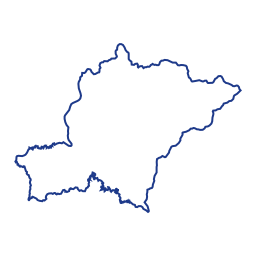 Lloró, Chocó, Colombia (Robinson projection)
{"feature_id": "7082276B18686190591622", "entity_name": "Lloró", "entity_type": "district", "adm_level": 2, "iso_a3": "COL", "parent_name": "Colombia", "parent_adm1": "Chocó", "projection": "robinson", "projection_center": [-76.448, 5.585], "detail": "fine", "context": "isolated", "style": "outline", "palette": "blue", "viewbox_px": 256, "rotation_deg": 0, "n_neighbors": 0, "source": "geoboundaries", "source_scale": "gbopen_adm2", "svg_char_len": 5757}
<svg xmlns="http://www.w3.org/2000/svg" viewBox="0 0 256 256"><path d="M148.0,211.9L148.7,211.4L148.8,210.8L147.6,206.3L144.6,202.3L146.7,199.3L147.1,196.7L146.8,194.3L147.3,192.3L147.4,189.7L149.4,189.0L150.1,188.4L151.9,188.0L152.6,186.9L152.9,184.5L154.3,180.8L153.9,179.2L154.6,175.9L156.6,172.5L156.6,166.9L156.9,165.5L156.7,161.9L157.0,159.1L159.1,157.8L160.6,157.4L162.4,156.0L164.9,157.2L165.7,157.0L169.0,152.6L169.3,150.9L171.4,146.8L172.4,146.2L175.7,145.7L178.8,143.0L180.4,140.4L180.3,138.7L182.4,135.1L182.6,134.1L182.4,133.0L182.8,132.5L186.2,131.7L189.3,130.2L190.6,128.7L192.3,128.6L193.4,128.0L194.7,128.2L196.9,129.3L198.5,129.4L200.1,129.9L202.7,129.8L204.6,128.4L205.4,126.8L207.9,126.4L209.5,125.5L211.4,123.6L212.2,121.4L212.5,117.5L213.3,114.6L213.4,113.1L212.8,111.4L213.2,110.6L215.7,110.4L217.4,109.3L220.2,108.8L222.0,106.2L223.0,105.3L223.7,103.6L227.4,102.6L229.2,101.1L231.4,100.8L233.3,98.9L233.9,96.1L234.4,95.4L237.1,93.8L240.6,90.4L239.4,89.0L238.9,87.0L237.7,85.7L236.6,85.5L234.5,86.2L233.0,86.1L231.7,85.0L228.2,83.4L225.9,82.9L223.8,81.2L223.1,79.2L221.6,76.6L220.4,76.0L218.4,76.2L216.5,78.2L215.2,78.8L213.4,82.1L212.5,82.8L208.0,83.0L207.5,82.6L206.4,80.7L204.8,80.7L203.4,81.4L202.4,81.4L199.3,80.2L195.3,81.0L192.3,81.5L191.7,81.3L190.2,78.3L188.9,77.5L187.7,73.1L188.4,71.2L187.2,69.0L186.7,66.6L185.8,65.7L183.2,65.1L180.9,65.0L179.4,65.4L177.9,65.2L175.9,62.6L172.7,62.6L167.6,60.2L164.6,59.9L163.0,60.6L161.4,60.7L160.0,62.1L159.2,64.5L158.5,65.1L156.7,65.1L155.7,64.7L154.4,64.9L152.5,63.9L151.9,64.6L150.8,65.0L150.0,66.2L149.1,66.8L147.5,66.6L146.4,67.2L144.9,67.2L143.5,68.1L142.1,66.1L141.0,66.1L139.5,66.5L138.3,67.5L137.9,67.1L137.8,64.6L137.1,63.6L135.2,63.9L134.0,64.9L131.7,64.6L131.4,61.6L129.7,60.4L128.7,59.0L128.7,53.7L128.4,52.6L127.1,51.9L125.6,50.1L124.6,47.5L123.0,45.0L121.2,44.1L119.6,44.1L117.9,45.5L117.2,47.5L117.1,49.7L116.1,50.3L115.6,51.2L115.7,53.8L116.9,56.3L116.6,57.1L115.1,58.5L111.4,58.6L110.6,59.6L109.0,60.1L107.6,61.3L104.2,61.1L103.1,62.3L101.9,62.3L100.3,63.2L99.5,65.5L100.5,67.8L99.5,69.1L99.5,71.2L99.2,72.3L98.0,72.5L95.3,74.0L93.8,74.2L91.4,71.7L90.9,70.2L90.1,69.4L88.0,69.0L87.2,69.4L85.4,72.3L84.4,73.0L82.2,72.9L82.0,75.8L80.2,77.3L80.1,79.5L78.8,81.8L78.4,83.8L78.8,88.3L80.5,93.3L81.0,95.7L80.3,98.5L79.1,99.9L77.6,100.9L72.9,103.0L71.3,104.1L70.2,106.6L69.2,110.0L65.1,115.3L64.6,116.5L64.6,118.9L65.3,122.1L66.5,124.9L68.4,127.3L68.0,131.0L68.2,133.6L67.8,135.5L68.1,138.4L68.7,140.1L71.5,143.7L71.6,145.2L71.3,145.7L70.8,146.0L68.7,145.8L63.4,142.2L61.9,143.3L59.5,142.8L56.8,143.6L54.6,144.9L53.9,144.4L54.0,143.4L52.9,143.7L52.5,144.7L51.9,145.3L52.1,145.8L51.4,145.5L50.9,145.8L51.3,146.7L51.0,147.5L50.4,147.1L50.0,147.5L49.5,146.8L48.7,147.9L47.9,147.1L46.8,147.9L46.9,146.9L45.5,146.5L45.9,145.6L45.2,145.5L44.4,145.9L43.5,148.0L42.8,147.0L42.1,146.8L41.7,147.9L41.3,147.4L40.8,148.6L40.2,148.7L39.6,148.3L38.8,148.3L38.5,147.7L37.9,147.8L37.7,146.2L35.9,146.2L35.7,145.8L35.2,146.1L35.4,147.5L35.0,147.6L34.4,147.0L33.7,147.4L32.6,147.4L32.6,148.3L33.1,148.6L32.7,149.5L32.0,149.0L31.9,148.5L31.5,148.5L31.5,147.9L30.5,148.2L29.4,147.6L29.3,149.1L28.5,149.5L27.0,152.7L25.5,154.7L24.2,155.4L22.2,156.1L18.5,155.8L17.1,156.1L16.5,156.9L16.3,160.1L15.4,161.5L15.8,162.2L16.4,161.6L16.8,161.8L17.4,163.5L17.9,163.9L17.7,164.3L18.1,164.3L18.1,165.1L18.5,165.6L19.4,165.6L19.7,166.2L20.0,166.0L20.3,166.6L21.4,166.3L22.7,167.0L23.2,166.6L23.6,166.9L24.0,166.3L24.5,166.5L25.9,171.1L27.0,172.0L26.7,173.6L27.6,174.7L28.7,175.1L29.5,177.8L30.6,179.1L30.7,180.1L30.2,181.0L29.9,182.8L30.9,185.4L30.2,186.8L30.4,189.1L29.9,190.2L29.6,192.3L29.9,193.6L29.4,195.1L29.7,196.2L28.7,198.3L28.5,199.7L28.8,200.1L29.1,200.1L30.3,198.3L31.7,198.1L32.2,196.9L32.6,196.7L36.6,198.7L37.5,200.0L39.6,200.8L42.3,201.2L43.2,200.2L44.5,200.5L46.4,198.8L45.8,197.2L46.2,195.8L47.3,194.2L48.9,193.5L51.5,193.3L52.8,193.9L54.3,193.0L55.5,193.2L55.9,194.0L56.7,194.4L57.9,193.6L59.1,194.1L61.1,193.7L63.1,190.1L64.5,189.9L64.8,190.6L65.6,191.0L65.5,191.7L66.2,191.5L66.9,192.0L69.1,191.1L69.4,189.3L70.2,188.5L70.7,188.3L71.0,189.0L71.7,188.8L73.4,189.1L75.5,187.4L77.4,187.7L77.9,189.1L79.5,190.9L81.1,190.2L82.9,191.2L85.0,191.2L86.1,188.3L87.8,187.4L87.9,186.6L89.0,185.8L88.6,183.7L89.2,182.4L88.8,181.1L89.0,180.6L88.1,180.6L88.1,179.5L88.6,179.2L88.9,180.1L89.2,179.1L89.8,179.4L89.4,178.8L90.2,178.1L89.7,177.7L90.1,176.4L90.9,175.5L91.6,175.5L91.7,176.4L92.1,176.4L93.0,175.8L93.2,175.4L92.2,174.2L92.6,172.5L92.9,172.6L93.0,173.6L94.3,173.3L95.2,174.1L95.2,175.0L93.9,175.9L94.6,177.0L94.4,177.4L93.6,177.8L94.1,179.2L94.5,179.2L95.3,177.9L96.2,178.4L97.3,178.0L98.3,180.7L99.1,180.0L99.8,180.1L101.4,180.9L103.3,183.1L103.1,183.5L102.2,183.6L103.3,185.7L103.5,187.0L103.4,187.3L102.4,186.4L101.4,186.5L101.1,187.1L102.2,188.2L101.1,189.9L103.3,189.3L103.8,188.5L104.4,188.4L104.6,191.2L105.1,190.8L105.9,189.0L106.5,189.9L107.7,190.1L107.8,189.5L108.6,188.8L108.2,187.2L108.9,187.3L109.3,188.0L109.4,189.2L110.2,189.3L110.6,191.2L111.1,191.7L111.6,190.8L112.2,190.8L113.0,190.1L114.7,190.7L115.1,190.1L115.9,190.0L116.0,189.0L116.3,188.8L117.0,189.2L117.4,190.0L118.0,190.0L118.0,190.5L117.5,191.3L115.7,191.7L115.2,192.3L116.4,193.3L117.9,193.2L119.6,194.5L119.1,196.0L120.4,197.7L120.4,198.5L119.8,199.6L120.0,200.5L120.4,200.1L121.1,201.2L120.4,202.1L120.7,202.9L121.6,203.0L121.7,202.6L122.4,202.5L122.6,201.9L123.3,201.8L123.7,202.2L124.2,201.5L124.5,201.9L125.4,201.7L126.5,200.9L127.0,200.9L127.3,201.3L128.0,200.5L128.3,201.5L127.8,202.2L129.1,202.3L129.6,201.4L130.0,202.7L130.7,202.4L133.0,204.4L134.9,204.9L135.6,206.9L137.2,207.1L138.7,206.1L140.8,206.1L142.4,207.1L143.4,208.9L146.1,210.3L148.0,211.9Z" fill="none" stroke="#1e3a8a" stroke-width="2"/></svg>